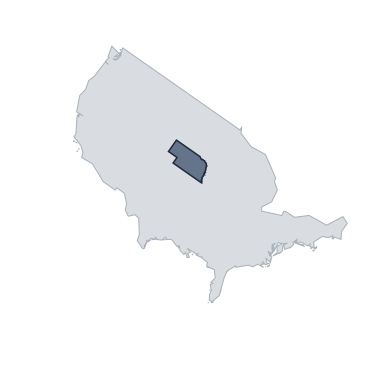 where Nebraska sits in United States of America, rotated 35°
{"feature_id": "USA-3532", "entity_name": "Nebraska", "entity_type": "State", "adm_level": 1, "iso_a3": "USA", "parent_name": "United States of America", "parent_adm1": "", "projection": "mercator", "projection_center": [-97.897, 41.5], "detail": "fine", "context": "in_parent", "style": "filled", "palette": "slate", "viewbox_px": 384, "rotation_deg": 35, "n_neighbors": 0, "source": "natural_earth", "source_scale": "10m", "svg_char_len": 6757}
<svg xmlns="http://www.w3.org/2000/svg" viewBox="0 0 384 384"><g transform="rotate(35 192 192)"><path d="M301.4,144.0L321.3,142.0L329.7,125.6L337.1,128.5L337.1,138.6L341.3,145.3L333.8,147.6L333.3,149.4L332.2,147.1L330.2,151.0L324.4,153.6L320.3,163.1L323.5,167.1L325.7,166.6L325.2,164.9L325.9,165.7L326.0,167.7L319.7,169.0L318.6,166.8L317.9,169.7L310.6,170.4L305.1,174.0L305.7,171.9L305.2,170.6L303.7,175.5L305.2,176.4L304.6,180.6L300.9,185.8L297.2,182.6L299.5,179.2L296.8,181.5L297.9,185.2L299.4,187.3L299.7,189.6L295.0,198.0L296.5,192.7L292.9,187.8L295.4,182.4L291.8,184.0L292.9,191.9L289.5,189.5L288.3,189.8L289.4,187.3L289.4,186.6L288.2,188.5L288.1,190.1L293.3,193.1L292.2,194.5L289.8,191.8L289.0,191.4L291.9,194.6L293.1,195.3L292.4,197.2L290.8,195.7L293.2,198.6L292.6,199.0L291.4,197.5L288.2,196.8L292.2,199.6L294.7,199.5L297.1,206.6L295.0,201.2L295.6,204.7L290.9,203.9L294.3,207.4L296.0,206.4L293.8,209.5L289.3,208.4L292.1,210.1L289.7,211.6L292.4,212.8L287.4,213.5L284.7,218.4L280.0,219.8L271.0,228.6L269.9,227.6L266.5,235.7L266.2,237.6L267.5,243.7L273.7,261.2L271.5,270.3L268.3,270.8L265.1,266.0L264.5,261.9L260.0,257.2L261.6,255.1L259.3,255.2L260.3,249.1L254.9,242.9L246.5,244.4L245.0,240.7L236.7,240.4L237.8,239.0L236.3,240.4L232.6,241.1L232.6,238.3L231.9,240.3L220.5,240.8L225.4,242.2L223.7,244.7L227.4,247.2L225.5,248.5L221.4,245.2L221.2,247.8L215.6,246.7L212.5,243.4L210.6,245.1L202.4,242.6L197.6,246.1L198.8,245.2L196.3,244.2L195.0,248.6L190.0,251.4L191.2,250.6L187.9,250.1L189.0,251.6L185.2,253.4L183.8,258.2L182.1,257.5L183.5,258.7L183.8,263.1L185.3,265.7L184.2,266.7L175.1,263.3L173.1,256.9L163.4,244.0L158.4,243.3L153.7,248.4L147.7,245.0L145.1,239.0L137.2,231.8L128.0,231.7L128.0,234.5L113.4,234.5L94.3,226.0L81.9,227.1L80.1,222.4L74.8,217.9L63.7,214.4L63.6,211.0L54.1,195.4L54.4,193.8L56.3,195.9L55.1,192.4L59.1,192.1L51.5,192.5L44.7,177.4L46.0,169.2L43.5,159.7L45.6,153.5L46.4,135.0L50.4,135.5L46.0,134.5L47.1,129.4L45.6,129.4L42.7,118.5L52.7,120.4L50.8,126.2L53.9,122.1L53.7,126.9L51.4,128.1L53.0,128.3L54.8,126.3L55.4,121.4L52.6,113.7L195.6,113.7L195.6,110.7L198.4,115.7L214.4,121.0L230.7,119.1L252.5,132.6L253.4,136.0L260.8,141.5L262.9,154.3L257.7,164.4L260.1,167.7L279.0,159.8L278.3,155.1L280.0,154.2L290.5,153.9L301.4,144.0ZM312.8,172.4L315.9,171.9L304.9,174.8L314.0,171.3L312.8,172.4ZM53.4,118.5L54.8,121.6L54.7,122.0L52.8,119.7L53.4,118.5ZM185.2,265.0L184.0,261.2L184.0,259.0L184.2,261.3L185.2,265.0ZM334.6,148.0L334.5,149.5L334.0,149.1L334.6,148.0ZM212.6,244.6L212.8,245.5L211.9,244.8L212.6,244.6ZM68.0,218.2L69.3,217.7L69.4,217.9L68.0,218.2ZM66.7,217.9L66.2,218.6L65.7,218.0L66.7,217.9ZM322.6,169.2L321.7,170.1L321.5,169.9L322.6,169.2ZM184.7,257.0L184.1,258.7L185.7,255.3L184.7,257.0ZM272.0,255.5L273.1,258.9L271.7,255.2L272.0,255.5ZM74.5,221.3L75.1,222.3L74.4,221.4L74.5,221.3ZM272.0,270.8L271.0,271.9L272.7,269.7L272.0,270.8ZM297.5,208.9L296.3,210.4L297.3,206.9L297.5,208.9ZM52.0,115.9L52.1,116.8L51.5,116.4L52.0,115.9ZM189.1,252.3L187.3,253.1L189.1,252.0L189.1,252.3ZM325.5,169.6L325.5,170.6L324.5,170.4L325.5,169.6ZM74.5,224.0L74.9,225.2L74.3,224.2L74.5,224.0ZM186.9,253.8L186.2,254.2L186.8,253.5L186.9,253.8ZM299.2,191.3L297.9,193.3L299.4,190.5L299.2,191.3ZM197.1,246.9L195.9,247.6L197.6,246.4L197.1,246.9ZM266.7,236.6L266.4,238.1L266.3,237.1L266.7,236.6ZM292.9,213.0L292.4,213.3L293.6,212.1L292.9,213.0ZM249.5,244.1L248.1,244.8L247.5,244.6L249.5,244.1ZM232.0,240.8L231.8,241.1L231.0,241.0L232.0,240.8ZM263.0,262.1L263.2,263.1L262.8,261.9L263.0,262.1ZM228.4,242.9L228.2,243.8L228.1,242.1L228.4,242.9ZM268.9,273.2L268.1,273.3L269.2,273.0L268.9,273.2ZM304.4,181.3L303.8,182.3L304.5,180.8L304.4,181.3ZM295.4,210.7L294.9,211.0L295.4,210.7Z" fill="#d9dde1" stroke="#a8b0b8" stroke-width="1"/><path d="M149.5,172.3L149.5,171.5L149.5,170.6L149.5,169.7L149.5,168.9L149.5,168.0L149.5,167.2L149.5,166.3L149.5,165.4L149.5,164.5L149.5,163.7L149.5,162.8L149.5,161.9L149.5,161.0L149.5,160.2L149.5,159.3L149.5,158.4L150.6,158.4L151.4,158.4L152.3,158.4L153.2,158.4L154.1,158.4L155.0,158.4L155.8,158.4L156.7,158.4L157.6,158.4L158.5,158.4L159.4,158.4L160.2,158.4L161.1,158.4L162.0,158.4L162.9,158.4L163.8,158.4L164.7,158.4L165.5,158.4L166.4,158.4L167.3,158.4L168.2,158.4L169.1,158.4L169.9,158.4L170.8,158.4L171.7,158.4L172.6,158.4L173.5,158.4L174.4,158.4L175.2,158.4L176.1,158.4L177.0,158.4L177.9,158.4L178.3,158.4L178.5,158.5L179.1,158.9L179.2,159.0L179.4,159.1L179.6,159.3L180.3,159.6L180.5,159.8L180.8,159.9L181.0,159.9L181.3,159.8L181.3,159.7L181.5,159.4L182.1,159.4L182.3,159.3L182.5,159.4L182.8,159.3L183.3,159.4L183.5,159.4L184.5,159.2L184.7,159.3L184.8,159.4L185.0,159.6L185.3,159.8L185.5,159.9L185.8,159.9L185.9,160.0L186.1,160.0L186.3,160.2L186.8,160.2L186.9,160.3L187.0,160.4L187.0,160.5L187.4,160.6L187.5,160.6L187.6,160.8L187.6,161.0L187.8,161.3L187.9,161.5L188.0,161.6L188.7,161.8L188.9,161.8L189.1,161.9L189.2,162.2L189.2,162.5L189.1,162.8L189.3,163.1L189.4,163.3L189.5,163.4L189.5,163.6L189.4,163.9L189.4,164.0L189.5,164.3L189.8,164.5L189.8,164.9L189.9,165.0L190.0,165.2L190.2,165.3L190.4,165.5L190.5,165.8L190.4,166.0L190.5,166.3L190.8,166.7L190.9,166.8L190.9,167.0L190.8,167.3L190.7,167.5L190.7,167.9L190.7,168.0L190.8,168.2L190.8,168.3L190.8,168.5L191.0,168.6L191.3,168.6L191.2,168.7L191.2,168.8L191.2,169.0L191.3,169.1L191.5,169.1L191.6,169.5L191.4,170.0L191.5,170.0L191.8,170.1L191.8,170.3L191.7,170.5L191.6,170.8L191.7,171.0L191.9,171.1L192.0,171.1L191.9,171.2L191.9,171.3L191.9,171.5L191.9,171.8L191.9,172.0L191.9,172.3L192.0,172.4L192.1,172.5L192.1,172.9L192.1,173.1L192.1,173.3L192.0,173.5L192.0,173.9L191.9,174.0L191.9,174.3L192.0,174.3L192.0,174.5L192.3,174.6L192.4,174.8L192.4,175.1L192.4,175.4L192.5,175.5L192.8,175.6L192.8,175.8L192.8,176.0L193.0,176.2L193.0,176.3L193.1,176.6L193.1,176.8L193.0,177.0L193.3,177.0L193.5,177.2L193.5,177.3L193.8,177.4L194.0,177.5L193.9,177.8L194.0,177.9L194.1,178.1L194.3,178.3L194.2,178.6L194.2,178.8L194.3,178.9L194.5,178.9L194.6,179.0L193.7,179.1L192.6,179.1L191.5,179.1L190.4,179.1L189.3,179.1L188.2,179.1L187.2,179.1L186.1,179.1L185.0,179.1L183.9,179.1L182.8,179.1L181.7,179.1L180.6,179.1L179.6,179.1L178.5,179.1L177.4,179.1L176.3,179.1L175.2,179.1L174.1,179.1L173.1,179.1L172.0,179.1L170.9,179.1L169.8,179.1L168.7,179.1L167.6,179.1L166.6,179.1L165.5,179.1L164.4,179.1L163.3,179.1L162.2,179.1L161.1,179.1L159.9,179.1L159.9,178.7L159.9,178.3L159.9,177.9L159.9,177.4L159.9,177.0L159.9,176.6L159.9,176.2L159.9,175.7L159.9,175.3L159.9,174.9L159.9,174.5L159.9,174.0L159.9,173.6L159.9,173.2L159.9,172.8L159.9,172.3L159.6,172.3L158.9,172.3L158.3,172.3L157.7,172.3L157.1,172.3L156.5,172.3L155.9,172.3L155.3,172.3L154.6,172.3L154.0,172.3L153.4,172.3L152.8,172.3L152.2,172.3L151.6,172.3L150.9,172.3L150.3,172.3L149.5,172.3Z" fill="#64748b" stroke="#1e293b" stroke-width="1.5"/></g></svg>